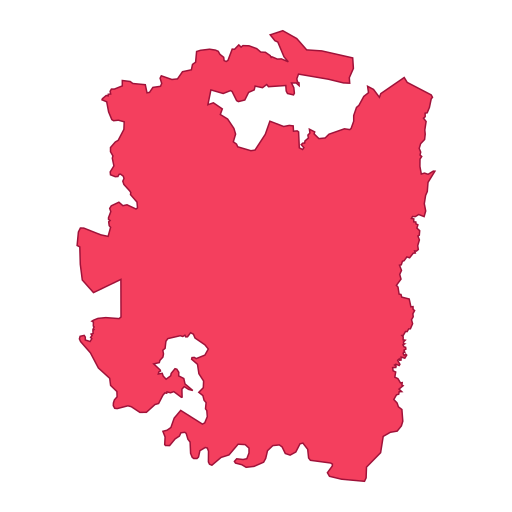 Apaxtla, Guerrero, Mexico (Mercator projection)
{"feature_id": "50627088B3794294637731", "entity_name": "Apaxtla", "entity_type": "district", "adm_level": 2, "iso_a3": "MEX", "parent_name": "Mexico", "parent_adm1": "Guerrero", "projection": "mercator", "projection_center": [-99.977, 18.094], "detail": "fine", "context": "isolated", "style": "filled", "palette": "rose", "viewbox_px": 512, "rotation_deg": 0, "n_neighbors": 0, "source": "geoboundaries", "source_scale": "gbopen_adm2", "svg_char_len": 5988}
<svg xmlns="http://www.w3.org/2000/svg" viewBox="0 0 512 512"><path d="M367.6,86.3L368.5,92.7L363.8,96.4L358.9,105.4L356.5,107.4L353.7,115.5L353.7,121.2L351.1,128.5L349.8,129.6L344.4,128.8L329.0,134.2L325.1,138.0L318.9,138.6L314.1,133.9L314.7,131.9L309.4,129.2L309.9,133.0L307.9,135.1L308.4,138.0L305.0,140.9L304.6,143.1L302.9,143.1L301.2,144.6L303.9,147.7L302.6,149.5L299.3,147.8L298.6,131.9L297.2,130.9L293.5,131.2L293.2,125.9L289.3,125.4L283.7,126.5L269.9,121.2L265.3,134.3L255.0,150.1L250.9,150.7L237.7,146.8L236.5,144.1L233.3,141.8L235.6,134.1L233.9,128.4L227.6,119.0L220.3,114.5L222.3,108.9L213.4,102.8L207.9,104.7L210.9,89.9L223.2,93.5L230.5,90.6L232.1,91.5L236.6,100.6L238.4,101.6L244.8,100.0L248.6,92.4L254.2,89.9L255.1,86.1L262.5,87.7L266.7,84.5L268.5,86.7L285.8,85.5L286.2,91.0L287.5,93.5L293.5,94.9L294.4,93.2L293.8,87.7L291.5,83.0L296.2,83.0L299.1,85.6L299.0,82.8L297.5,82.0L296.8,78.8L298.5,74.1L328.3,79.2L343.4,82.9L349.7,83.2L349.3,77.7L353.4,68.4L352.7,57.9L321.8,50.9L306.7,49.9L296.8,38.6L282.8,30.7L270.2,34.8L274.9,40.7L277.8,42.0L284.0,56.8L288.3,61.8L281.4,58.9L277.4,59.1L271.9,56.8L271.2,57.4L270.2,55.6L265.4,52.3L260.8,52.1L256.7,48.6L249.0,45.8L242.9,45.6L241.1,47.1L238.8,44.9L234.5,49.3L232.2,49.1L228.0,60.3L226.2,61.5L224.1,60.6L223.7,57.3L219.9,54.3L218.2,51.3L215.4,50.1L209.6,49.2L200.5,50.3L196.6,51.5L195.6,62.2L192.5,64.4L191.4,69.8L182.5,71.7L177.5,78.9L171.9,79.5L161.3,75.8L160.1,78.2L161.7,83.4L160.5,86.3L152.9,87.4L149.5,92.4L147.0,92.8L145.3,84.7L132.8,83.5L130.2,81.5L122.3,80.5L122.3,85.9L114.3,89.1L111.4,89.1L110.1,91.3L110.7,94.0L108.2,94.3L108.2,95.8L106.2,95.5L102.4,98.7L102.0,99.8L106.7,101.8L108.6,111.9L111.8,119.6L113.6,120.7L118.4,120.2L124.2,121.8L123.9,129.4L118.2,140.3L115.3,142.0L110.5,147.5L110.5,151.7L112.9,155.9L112.3,158.2L113.9,165.9L110.2,171.9L110.5,174.8L115.3,176.7L117.9,176.5L119.1,174.3L120.5,174.1L123.3,176.2L124.0,178.5L122.8,181.2L123.9,184.5L129.8,191.0L130.8,192.6L130.5,194.6L137.0,202.1L137.5,207.9L136.0,209.0L127.0,204.8L122.9,205.7L118.9,202.2L111.3,205.8L109.7,208.4L110.8,211.6L108.5,217.7L108.5,219.3L110.1,220.5L108.7,221.8L109.2,225.7L110.6,227.3L108.1,236.4L100.7,234.8L83.8,228.1L80.4,228.0L78.4,232.0L77.1,245.5L79.8,246.9L80.3,264.4L82.3,280.0L93.5,292.6L120.9,279.4L121.0,317.0L119.1,318.6L105.8,317.6L97.9,318.4L93.5,320.2L91.9,321.2L93.4,322.0L93.3,326.0L94.1,327.0L93.0,329.3L93.9,329.7L92.9,330.6L93.1,333.5L91.1,334.1L92.1,335.5L90.6,337.4L91.8,338.7L90.1,341.5L85.3,340.0L85.3,337.1L84.2,335.4L80.1,336.3L79.4,338.9L80.6,341.6L90.4,352.8L98.4,368.0L109.7,378.3L110.6,385.4L116.9,391.5L117.1,396.8L114.4,399.9L113.4,403.0L113.3,405.7L114.7,408.3L117.2,408.6L127.9,405.8L131.3,406.7L139.9,412.4L146.4,412.3L155.0,404.5L158.6,403.5L162.9,395.2L164.9,392.9L166.7,393.2L167.0,391.9L170.5,392.8L173.8,391.6L181.4,397.3L182.1,397.1L181.9,389.2L184.2,386.6L188.6,389.4L192.8,390.5L185.0,383.9L183.8,378.5L178.7,375.9L178.8,372.3L176.8,369.2L175.0,368.7L171.2,373.4L170.7,375.8L166.1,379.2L163.2,376.1L162.2,373.3L158.3,374.0L158.8,371.9L160.5,371.0L160.1,369.9L153.7,363.9L159.3,362.6L159.9,360.4L162.9,357.1L163.5,353.9L162.8,350.3L165.1,348.3L165.9,341.3L167.8,338.6L180.3,335.7L182.8,336.5L184.9,335.2L185.8,336.9L187.5,336.8L190.6,332.7L193.4,334.2L195.0,338.0L204.9,344.8L208.3,349.0L204.9,355.1L196.2,358.6L194.3,357.4L192.0,357.6L191.6,359.2L197.5,364.3L198.9,373.7L203.6,381.0L203.3,387.7L198.8,392.3L202.9,395.6L204.1,400.3L206.1,402.6L205.5,408.8L206.8,410.5L207.3,416.7L204.7,422.9L202.4,424.1L180.7,410.4L174.2,418.1L170.9,427.5L167.1,430.2L162.9,431.3L165.1,437.0L164.7,444.6L165.5,445.5L169.6,445.6L175.1,438.9L179.4,436.1L180.9,432.8L184.8,432.3L186.2,433.4L187.9,439.2L190.1,442.1L190.6,453.4L192.2,457.3L193.7,458.5L197.0,458.5L198.5,457.0L199.9,450.7L205.2,447.5L207.3,448.0L208.5,451.2L208.4,461.9L209.5,464.2L211.9,465.2L221.1,457.4L229.0,454.9L238.1,444.2L245.2,444.6L249.0,448.1L249.0,453.0L246.8,458.7L243.1,459.5L236.7,458.8L234.4,461.4L235.5,463.1L241.8,464.7L246.1,467.3L254.0,466.4L263.6,462.2L265.7,458.4L267.5,450.7L272.8,445.6L279.3,444.9L282.1,446.9L285.3,453.5L290.1,455.1L295.8,452.0L300.0,443.8L302.9,443.1L307.7,449.3L308.6,458.0L310.4,460.3L330.6,463.0L332.4,464.1L332.3,466.0L327.4,472.7L329.5,476.3L341.5,479.2L364.5,481.3L366.1,477.9L366.5,467.1L380.6,452.7L383.2,436.4L390.3,432.3L397.2,431.1L401.4,425.9L402.8,421.2L401.9,409.5L398.4,406.8L397.1,403.0L393.8,399.5L396.5,394.8L398.7,394.2L399.2,391.7L401.7,391.6L399.0,389.1L403.1,385.7L401.9,385.0L402.2,382.6L400.5,382.9L397.9,378.6L394.8,377.2L395.7,372.0L393.1,370.8L392.6,367.6L395.8,367.5L396.1,366.1L394.6,365.0L395.9,364.2L399.2,365.5L399.9,364.3L397.6,360.3L399.2,358.9L399.6,360.2L401.0,360.1L401.1,357.1L404.8,358.2L406.7,355.1L405.8,354.2L404.2,355.4L403.1,353.6L403.5,352.3L404.8,352.4L404.0,350.1L405.9,349.1L405.6,347.3L404.2,347.0L402.9,344.9L404.6,343.9L403.6,343.7L403.5,341.9L405.2,340.2L403.1,339.8L403.2,336.8L402.0,335.5L403.3,335.3L405.5,331.5L407.1,331.6L408.7,328.9L410.4,328.8L412.6,323.7L411.5,319.7L413.2,316.8L412.9,313.7L414.6,310.6L413.1,309.3L413.0,306.6L410.9,306.8L409.2,299.0L401.7,297.1L401.0,294.5L399.1,294.1L398.0,287.1L396.4,285.3L401.0,279.1L399.7,274.4L401.5,270.4L399.5,265.2L401.3,264.8L402.4,261.3L404.1,260.7L406.9,256.9L409.6,257.8L413.2,253.2L415.3,253.0L414.6,250.9L416.4,251.1L418.3,249.5L417.7,245.7L419.4,239.9L417.9,236.0L419.3,235.2L419.7,230.7L416.9,228.1L417.9,224.8L416.0,223.9L415.8,222.0L413.7,221.8L413.8,218.9L411.4,218.5L412.5,216.5L415.3,216.6L418.7,214.5L424.1,216.6L425.7,211.0L424.3,203.7L425.6,195.4L427.3,191.5L428.0,182.4L434.9,171.2L433.3,171.1L428.1,174.3L424.5,173.1L421.3,174.0L419.9,166.4L420.0,159.1L421.7,156.5L420.0,155.0L420.7,152.1L419.2,148.4L420.6,143.7L424.6,139.5L425.2,134.2L424.8,130.0L426.1,121.5L423.5,118.2L425.2,116.7L425.1,113.2L427.2,112.8L429.4,107.5L431.2,98.9L432.5,97.3L431.2,94.9L407.2,82.4L404.2,77.5L380.8,93.6L379.4,97.3L373.5,89.4L367.6,86.3Z" fill="#f43f5e" stroke="#9f1239" stroke-width="1.5"/></svg>